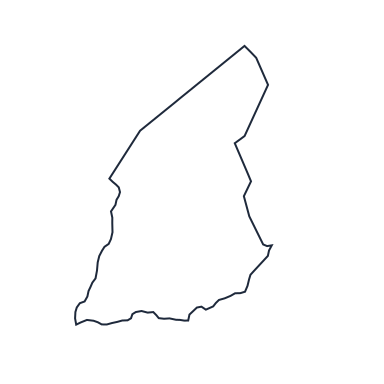 Barrocas, Bahia, Brazil (Robinson projection), rotated 12°
{"feature_id": "56859067B90596370727458", "entity_name": "Barrocas", "entity_type": "district", "adm_level": 2, "iso_a3": "BRA", "parent_name": "Brazil", "parent_adm1": "Bahia", "projection": "robinson", "projection_center": [-39.103, -11.527], "detail": "fine", "context": "isolated", "style": "outline", "palette": "slate", "viewbox_px": 384, "rotation_deg": 12, "n_neighbors": 0, "source": "geoboundaries", "source_scale": "gbopen_adm2", "svg_char_len": 1241}
<svg xmlns="http://www.w3.org/2000/svg" viewBox="0 0 384 384"><g transform="rotate(12 192 192)"><path d="M128.5,142.8L108.4,196.1L112.4,198.6L116.2,200.6L119.4,202.7L121.6,207.1L121.2,211.3L119.8,215.3L119.8,220.5L116.8,227.8L119.4,233.7L120.5,239.1L122.6,247.9L122.5,254.9L121.3,260.1L117.8,263.8L116.2,268.1L114.6,273.9L114.4,280.4L115.4,288.6L115.6,296.6L113.4,301.3L112.4,306.2L111.4,310.3L111.4,316.0L109.7,321.4L105.4,324.1L103.3,328.9L102.9,333.6L103.9,339.9L106.3,345.8L110.3,342.7L115.8,339.0L122.5,338.4L127.0,339.0L131.2,340.3L136.2,339.3L141.0,336.8L146.1,334.5L150.5,332.2L155.7,330.9L158.6,328.2L159.1,323.9L162.0,321.1L167.4,318.9L173.7,319.2L179.1,317.5L182.6,319.8L185.7,322.3L191.0,321.8L196.3,320.3L202.9,320.3L206.8,319.6L211.2,319.4L215.0,318.5L215.0,312.4L218.2,307.8L220.8,304.0L225.1,302.2L230.0,304.2L236.5,299.5L238.4,295.6L240.8,292.0L246.1,289.2L251.3,285.6L255.2,282.1L260.3,280.9L264.6,278.5L265.8,272.3L266.0,265.4L266.4,260.8L269.2,256.0L279.5,238.7L279.5,233.2L281.1,227.6L276.7,229.3L272.5,228.5L253.1,203.9L243.6,185.3L247.5,169.3L242.8,162.5L223.7,135.4L231.8,126.3L244.1,71.4L226.9,47.4L220.3,42.9L213.0,38.2L160.4,103.3L157.8,106.6L128.5,142.8Z" fill="none" stroke="#1e293b" stroke-width="2"/></g></svg>